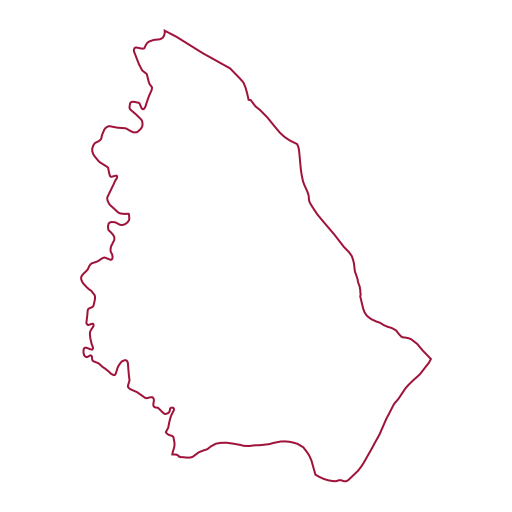 Mueang Chan, Si Sa Ket, Thailand (Equal Earth projection)
{"feature_id": "78962969B71866574458891", "entity_name": "Mueang Chan", "entity_type": "district", "adm_level": 2, "iso_a3": "THA", "parent_name": "Thailand", "parent_adm1": "Si Sa Ket", "projection": "equal_earth", "projection_center": [103.998, 15.191], "detail": "fine", "context": "isolated", "style": "outline", "palette": "rose", "viewbox_px": 512, "rotation_deg": 0, "n_neighbors": 0, "source": "geoboundaries", "source_scale": "gbopen_adm2", "svg_char_len": 5987}
<svg xmlns="http://www.w3.org/2000/svg" viewBox="0 0 512 512"><path d="M315.4,474.6L318.6,476.5L323.6,478.9L328.3,480.3L332.9,481.1L335.8,481.2L337.7,480.7L338.9,480.2L340.3,480.2L341.8,480.4L344.0,481.3L346.4,481.2L348.4,480.0L357.8,471.0L360.8,467.2L363.4,463.3L371.3,449.4L375.7,441.3L379.6,434.3L386.1,419.3L387.5,416.5L388.7,414.4L392.1,407.7L394.0,404.1L395.1,402.6L396.7,400.9L398.4,398.9L405.6,388.1L408.9,384.5L413.4,380.1L419.7,374.5L429.0,362.6L430.9,359.0L422.4,350.2L417.2,343.9L411.2,339.3L409.2,338.4L405.7,337.6L402.7,337.3L401.5,336.8L398.8,334.0L396.3,330.6L394.3,329.4L391.5,327.9L387.6,326.8L383.7,325.1L379.9,322.7L376.5,321.6L371.3,319.2L367.7,316.5L366.3,315.0L364.5,312.2L363.1,308.4L360.2,296.2L360.6,294.8L360.6,293.9L360.5,292.8L360.3,292.3L360.3,289.9L360.0,289.2L359.8,287.1L359.2,285.2L358.5,283.5L357.9,281.6L357.7,279.8L357.5,279.2L357.3,278.4L356.1,274.7L355.1,272.2L354.7,270.1L354.0,263.7L353.2,260.3L352.2,257.2L351.5,255.6L349.1,252.3L343.7,246.7L334.6,234.9L321.1,219.0L317.2,214.2L312.3,206.8L309.9,202.8L309.4,201.7L308.9,199.1L308.7,196.1L308.5,195.0L307.3,191.5L304.4,185.1L303.1,181.6L302.8,180.4L301.7,175.1L300.8,169.1L299.2,151.8L298.6,148.0L298.0,146.0L297.0,144.0L290.0,140.6L285.3,137.5L283.3,135.9L279.7,132.5L274.6,126.4L267.4,117.5L259.8,109.8L255.4,106.3L250.8,100.2L250.5,100.1L248.6,99.8L247.1,93.2L245.6,87.8L243.9,83.6L243.1,82.1L240.2,78.8L230.1,68.4L203.1,53.4L176.3,36.7L164.7,30.7L164.8,32.4L164.4,34.4L163.6,36.5L162.8,37.6L162.2,38.1L161.0,38.8L159.8,39.3L153.9,39.9L150.2,41.1L148.5,41.9L147.1,43.1L145.7,45.3L144.5,48.0L144.0,48.4L143.1,48.6L141.8,48.6L136.4,47.5L135.3,47.6L134.6,48.1L134.2,48.9L133.9,49.9L133.9,50.7L134.1,51.7L138.9,64.1L141.9,69.9L142.6,70.8L146.4,73.7L146.9,74.5L148.5,81.0L149.1,82.9L149.9,84.6L151.7,86.8L152.0,87.7L151.7,89.9L148.9,96.2L146.5,103.1L145.4,106.7L144.4,108.3L143.6,109.1L142.9,109.2L142.2,108.9L141.4,107.9L139.6,103.6L139.0,102.9L134.2,101.8L132.4,101.8L131.4,102.0L130.6,102.6L130.2,103.3L130.0,103.9L129.6,106.4L129.5,107.6L129.8,108.7L130.5,109.7L136.0,114.4L141.3,119.6L142.1,121.0L142.4,122.4L142.5,124.4L142.3,126.2L141.8,127.2L141.1,128.5L139.7,129.9L137.6,131.8L136.3,132.3L134.5,132.4L132.9,132.2L129.6,130.5L126.7,128.8L125.5,128.3L123.4,128.1L117.4,127.7L109.8,126.2L108.4,126.3L106.6,127.2L105.4,128.2L104.3,129.6L102.3,134.3L101.6,136.7L101.5,137.8L101.2,138.7L100.7,139.5L99.2,140.9L95.2,142.9L94.2,144.0L93.3,145.4L92.3,148.4L92.2,149.1L92.3,151.4L93.3,154.3L94.5,156.1L98.1,160.6L99.9,162.3L107.2,166.9L108.0,167.6L108.2,168.2L109.0,172.5L109.8,175.4L110.2,176.3L110.6,176.6L111.4,176.8L112.3,176.6L115.6,175.7L116.2,175.6L116.7,175.8L117.0,176.3L117.1,177.1L117.1,177.5L116.9,178.0L115.1,180.9L113.8,183.9L107.4,197.1L107.2,198.1L107.3,199.0L107.4,199.9L107.8,201.1L108.8,203.2L109.6,204.5L110.2,205.2L114.5,209.0L117.5,211.9L118.6,212.7L120.2,213.4L122.2,213.7L123.6,213.9L128.7,213.8L128.9,214.4L129.1,215.7L129.3,218.4L129.1,219.7L129.0,220.1L128.1,221.6L127.5,222.2L126.6,223.1L124.8,224.3L122.9,224.9L121.2,225.0L119.9,224.7L118.8,224.2L116.2,222.7L114.6,222.2L111.5,222.0L110.1,222.4L109.5,222.7L109.0,223.2L108.6,223.7L108.3,224.8L108.0,226.1L108.1,227.9L108.3,229.4L108.7,230.3L110.9,232.3L113.2,235.0L114.1,236.6L114.4,238.2L114.3,239.5L114.1,240.3L111.0,246.5L110.6,248.9L110.5,250.1L110.7,251.5L110.9,252.2L112.1,254.3L112.5,256.2L112.6,257.3L112.3,258.6L112.1,259.0L111.5,259.6L110.8,259.8L109.7,259.5L105.8,257.9L104.4,257.5L103.7,257.7L102.6,258.1L100.5,259.4L98.6,260.8L96.8,261.7L91.6,263.4L90.5,264.4L89.3,266.0L87.9,269.2L85.5,271.9L84.3,272.9L82.5,274.8L82.0,275.4L81.2,277.1L81.1,278.0L81.3,279.6L82.1,281.6L82.9,283.0L83.7,284.0L86.5,287.0L89.1,289.4L91.1,290.7L91.9,291.6L94.2,294.6L94.7,295.3L95.0,296.6L95.0,298.8L94.5,301.3L93.8,304.4L93.3,306.0L93.0,306.4L92.2,307.1L88.6,308.7L88.1,309.3L87.7,310.4L87.2,316.1L86.4,322.6L86.5,323.4L86.7,323.8L87.5,324.7L87.9,325.0L88.7,325.0L90.9,324.1L92.4,323.7L93.2,323.9L93.5,324.4L93.5,325.8L93.4,326.3L92.9,327.1L91.0,329.9L90.5,330.9L90.1,331.9L89.9,333.1L90.1,336.7L90.5,339.0L91.6,343.9L93.0,347.4L93.0,348.2L92.8,348.8L92.4,349.4L91.9,349.6L91.1,349.5L86.2,347.7L85.4,347.7L84.6,347.9L84.2,348.3L83.8,348.9L83.5,350.3L83.5,352.6L83.7,353.7L84.2,355.3L84.5,355.8L85.4,356.6L85.9,356.9L86.7,357.1L87.6,356.9L90.0,355.5L90.8,355.4L91.2,355.6L91.6,356.0L91.9,356.6L92.2,359.6L92.4,360.2L92.9,360.9L93.3,361.2L98.5,363.3L99.5,364.1L102.3,366.7L105.9,369.2L108.8,371.6L111.1,373.8L113.2,374.9L113.8,375.1L114.2,375.1L114.7,375.0L115.3,374.4L115.6,374.0L117.7,367.6L118.4,366.0L119.6,364.2L121.1,362.2L121.9,361.4L123.0,360.9L124.4,360.3L125.4,360.2L126.3,360.4L126.8,360.8L127.4,361.6L127.7,362.4L128.0,363.9L128.3,368.6L128.9,375.4L129.5,380.1L129.4,380.8L128.0,385.5L127.9,386.2L128.1,387.1L129.3,388.4L129.8,388.9L132.1,390.0L137.1,392.2L145.2,397.9L145.7,398.1L147.2,398.1L149.7,397.4L151.8,397.2L152.3,397.2L152.8,397.5L153.5,398.4L153.8,399.4L153.9,400.0L153.8,401.3L153.3,404.3L153.3,405.0L153.7,406.3L154.2,406.9L154.6,407.1L155.6,407.5L157.4,407.7L158.1,407.9L160.7,410.4L162.4,412.2L164.6,413.9L165.4,414.0L166.5,413.7L167.9,413.2L168.9,412.5L169.2,412.1L169.5,411.5L169.8,410.4L170.1,408.6L170.4,408.2L171.2,407.8L172.0,407.7L172.8,407.7L173.5,408.1L174.0,409.2L173.8,410.3L171.2,415.5L170.4,417.8L169.2,422.5L168.3,427.4L167.9,428.3L166.0,431.9L165.9,432.3L166.2,432.8L167.3,433.9L169.0,435.0L171.8,435.8L173.2,436.7L173.5,437.6L174.5,442.9L174.5,445.3L174.1,447.6L172.7,452.3L172.3,454.4L176.2,454.6L177.0,454.9L178.7,455.9L178.9,456.6L180.6,457.1L181.9,457.1L186.9,457.6L189.7,457.6L192.3,457.0L193.3,456.4L195.9,454.4L199.0,452.2L203.0,450.6L207.3,449.2L211.0,446.3L215.9,443.7L220.3,442.9L226.2,442.7L232.8,443.6L240.8,445.0L242.7,445.6L244.6,445.9L249.2,446.0L254.8,445.3L259.9,445.2L269.5,444.1L273.6,442.9L280.8,441.5L285.0,441.4L289.6,441.8L293.3,442.6L297.4,443.8L303.3,447.3L307.2,452.4L309.3,455.7L311.5,460.7L315.4,474.6Z" fill="none" stroke="#9f1239" stroke-width="2"/></svg>